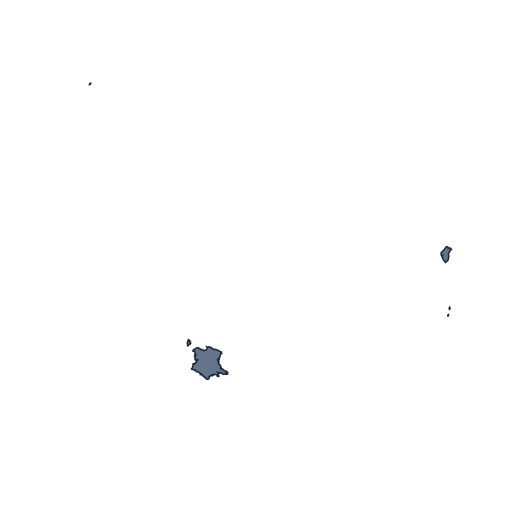 map outline of France (orthographic projection), rotated 193°
{"feature_id": "FRA", "entity_name": "France", "entity_type": "country or territory", "adm_level": 0, "iso_a3": "FRA", "parent_name": "Europe", "parent_adm1": "", "projection": "orthographic", "projection_center": [-7.471, 14.864], "detail": "fine", "context": "isolated", "style": "filled", "palette": "slate", "viewbox_px": 512, "rotation_deg": 193, "n_neighbors": 0, "source": "natural_earth", "source_scale": "50m", "svg_char_len": 5658}
<svg xmlns="http://www.w3.org/2000/svg" viewBox="0 0 512 512"><g transform="rotate(193 256 256)"><path d="M293.1,136.5L292.8,136.6L292.7,137.0L292.1,137.1L291.8,136.9L291.6,136.9L291.4,137.1L291.2,137.3L291.3,137.4L291.5,137.5L290.9,138.7L290.3,139.0L290.3,139.7L289.7,140.3L289.6,140.9L289.6,141.0L289.8,141.2L289.8,141.5L289.4,141.8L289.5,142.0L289.8,142.0L290.1,141.8L290.3,141.6L290.1,141.4L290.3,141.1L290.6,140.9L291.1,140.9L291.7,141.0L291.7,141.3L291.9,141.4L291.8,141.8L292.5,142.4L292.7,142.7L292.5,142.9L292.2,143.1L292.2,143.4L292.3,143.5L292.5,143.7L293.0,144.3L293.5,144.6L293.4,145.2L293.2,145.3L292.8,145.6L292.4,145.6L292.2,145.8L292.3,145.9L292.5,146.1L292.7,146.5L292.9,146.6L293.3,146.7L293.5,146.8L293.7,147.2L293.7,147.3L293.3,148.0L293.5,148.3L293.6,148.6L293.8,148.8L295.0,149.3L296.0,149.1L296.1,149.4L296.1,149.6L295.7,150.3L295.8,150.7L295.7,150.7L295.5,150.8L295.0,151.1L294.2,152.0L293.8,152.3L293.7,152.7L293.4,153.0L292.7,153.3L292.1,153.6L291.8,153.5L291.2,153.5L290.7,153.2L289.8,153.1L289.5,152.7L288.9,152.7L288.7,152.6L288.6,152.3L288.2,152.4L288.0,152.6L287.8,152.6L287.6,152.7L286.0,152.4L285.8,152.3L285.6,152.1L285.4,151.9L285.0,152.1L284.7,152.5L283.2,153.6L282.7,154.7L282.7,155.0L283.0,155.9L283.5,156.5L282.7,156.4L282.4,156.5L281.9,156.7L281.7,156.9L280.3,156.7L279.8,157.0L279.6,157.0L279.4,156.7L278.7,156.5L278.8,156.2L278.6,156.1L278.0,155.9L277.8,156.1L277.5,155.8L277.0,155.7L275.5,155.3L275.3,155.3L275.2,155.9L274.0,155.9L273.8,155.8L273.1,155.9L272.2,155.5L271.3,155.6L270.7,155.1L270.1,155.0L269.4,154.8L269.0,154.6L268.9,154.5L268.7,154.7L268.4,154.7L268.5,154.3L268.5,154.0L268.3,153.9L267.6,153.7L267.3,153.5L267.3,153.4L267.8,153.2L268.2,152.7L268.5,151.0L268.6,148.9L268.8,148.6L269.1,148.4L268.9,148.2L268.6,148.5L268.6,146.7L268.8,145.3L269.6,145.8L269.8,146.1L270.1,146.9L270.6,147.2L270.3,146.9L269.9,145.8L269.7,145.5L269.4,145.2L268.4,144.6L268.3,144.4L268.6,144.4L268.9,144.5L268.6,143.8L268.3,142.4L267.6,142.3L266.4,141.7L265.9,141.1L265.5,140.6L265.4,140.4L265.3,140.2L265.5,139.8L265.3,139.5L265.0,139.3L265.2,139.0L265.4,138.9L266.3,139.1L265.6,138.8L264.5,138.9L264.0,138.8L263.9,138.6L264.2,138.2L263.8,138.0L263.2,138.1L263.3,137.8L263.1,137.7L262.6,137.8L262.3,137.7L262.0,137.4L261.7,137.5L261.5,137.4L261.2,137.4L259.8,137.0L259.3,136.9L258.9,137.1L258.6,137.0L258.4,136.8L258.2,136.5L257.5,136.3L257.6,136.1L258.4,135.9L258.5,135.8L258.2,135.6L257.8,135.3L258.3,135.3L258.7,135.3L258.5,135.1L258.3,135.1L257.3,135.1L257.2,134.8L257.3,134.4L257.8,134.2L259.2,133.8L259.8,133.9L260.2,133.8L260.6,133.6L260.8,133.4L261.5,133.3L262.2,133.5L262.8,134.1L263.1,134.4L263.8,133.9L264.9,133.9L265.1,134.2L265.3,133.7L265.5,133.8L265.6,134.0L266.9,133.9L266.5,133.7L266.3,133.3L266.1,131.9L265.7,131.5L265.3,130.9L265.1,130.5L265.2,130.2L265.9,130.2L266.5,130.1L266.8,130.2L266.8,130.5L267.0,130.8L267.3,131.2L267.8,131.2L268.3,131.3L269.0,131.3L270.0,131.4L270.5,131.3L270.8,131.0L271.6,130.8L271.7,130.7L271.2,130.8L270.8,130.6L270.7,130.5L270.9,130.0L272.0,129.3L272.8,129.1L273.7,128.8L274.1,128.5L274.3,128.0L274.5,127.9L274.3,127.7L274.2,126.1L274.2,125.9L274.4,125.6L274.9,125.2L276.3,124.9L276.5,124.8L276.8,125.3L276.9,125.5L277.4,126.0L277.6,126.1L278.3,125.8L278.5,126.0L278.9,126.7L279.0,126.7L279.8,126.8L280.1,127.3L280.3,127.3L280.9,127.3L281.1,127.3L281.5,127.5L281.5,127.9L281.7,128.1L281.6,128.4L281.7,128.6L282.3,128.6L282.7,128.5L283.0,128.3L283.1,128.0L283.4,127.8L283.5,127.8L283.4,128.5L283.6,128.6L283.7,129.1L284.1,129.1L284.5,129.3L285.0,129.4L285.7,129.9L286.5,129.8L287.1,130.1L287.6,129.9L288.0,130.0L288.4,130.0L288.6,130.2L288.8,130.4L289.4,131.0L289.5,131.0L289.6,130.8L290.1,130.9L290.2,131.1L290.4,131.0L290.7,131.1L291.3,130.9L291.6,131.1L291.9,131.2L293.0,131.3L293.4,131.4L293.5,131.7L292.8,132.7L292.8,134.0L292.6,134.4L292.6,134.8L292.7,135.0L292.8,135.3L292.7,135.8L292.8,136.2L293.0,136.4L293.1,136.5ZM67.0,306.2L67.4,305.9L67.6,305.8L68.3,304.5L68.4,303.8L68.3,303.1L69.0,302.0L69.1,301.4L69.0,301.2L68.9,301.2L68.7,300.5L68.3,299.8L68.1,299.1L68.1,298.8L68.0,298.4L67.9,297.2L68.0,296.8L68.0,296.3L67.9,296.1L67.9,295.4L68.0,295.2L68.4,294.3L68.7,294.0L69.2,293.6L69.6,292.5L69.8,292.2L70.0,292.2L71.2,293.4L71.7,293.7L72.8,294.5L73.2,295.2L74.0,296.5L74.5,297.0L74.5,297.3L74.4,297.7L74.7,297.4L75.2,298.1L75.4,299.1L75.3,299.7L75.5,299.4L75.6,299.1L75.7,298.6L75.9,298.7L76.0,299.0L76.3,300.5L76.3,301.2L75.9,301.4L75.7,301.9L75.2,302.5L74.6,303.8L74.3,304.1L74.0,304.4L73.9,304.7L73.9,305.0L73.7,305.5L73.2,306.5L73.2,306.8L72.8,307.6L72.2,307.9L72.1,308.1L71.8,308.1L71.1,307.9L70.8,307.2L70.3,307.4L69.6,307.0L69.5,306.8L68.4,307.5L67.9,307.2L67.5,306.9L67.3,306.6L67.2,306.4L67.0,306.2ZM302.7,153.9L302.7,154.4L303.0,154.8L303.5,156.4L303.2,157.2L303.3,158.0L303.2,158.4L303.1,159.1L302.9,159.4L301.9,158.9L301.6,158.7L301.8,158.2L301.2,158.0L301.1,157.9L301.2,157.6L301.1,157.4L300.7,157.4L300.9,157.0L300.9,156.8L300.5,156.5L300.3,156.3L300.4,156.2L300.6,156.0L300.4,155.8L300.2,155.8L300.4,155.5L300.5,155.0L300.8,154.8L301.4,154.5L301.7,154.2L302.2,154.3L302.2,154.2L302.3,154.0L302.2,153.9L302.1,153.4L302.1,153.1L302.3,153.1L302.5,153.2L302.7,153.9ZM456.6,386.9L456.3,387.2L456.1,387.2L455.8,387.1L455.8,386.9L455.9,386.4L456.3,385.8L456.6,385.5L456.8,385.4L456.9,386.1L456.6,386.9ZM55.9,249.3L55.9,249.5L55.7,249.3L55.3,249.2L55.3,248.9L55.6,248.6L55.4,248.5L55.3,248.3L55.2,247.6L55.3,247.4L55.5,247.4L55.9,248.1L55.8,248.3L55.9,248.7L55.9,249.3ZM55.5,242.2L55.2,242.3L55.1,242.2L55.1,241.8L55.2,240.8L55.4,240.6L55.6,240.8L55.8,241.1L55.7,241.3L55.6,242.0L55.5,242.2Z" fill="#64748b" stroke="#1e293b" stroke-width="1.5"/></g></svg>